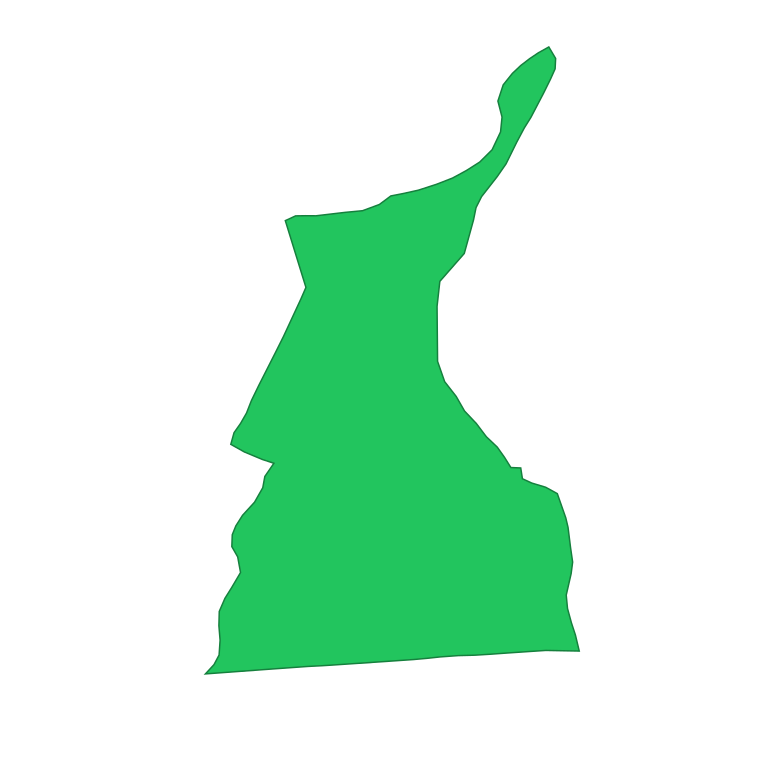 the district of Parnamirim, Rio Grande do Norte, Brazil, rotated 259°
{"feature_id": "56859067B32838397359817", "entity_name": "Parnamirim", "entity_type": "district", "adm_level": 2, "iso_a3": "BRA", "parent_name": "Brazil", "parent_adm1": "Rio Grande do Norte", "projection": "albers", "projection_center": [-35.212, -5.917], "detail": "fine", "context": "isolated", "style": "filled", "palette": "green", "viewbox_px": 768, "rotation_deg": 259, "n_neighbors": 0, "source": "geoboundaries", "source_scale": "gbopen_adm2", "svg_char_len": 1486}
<svg xmlns="http://www.w3.org/2000/svg" viewBox="0 0 768 768"><g transform="rotate(259 384 384)"><path d="M563.2,318.3L493.7,325.8L483.4,318.7L450.1,294.6L436.3,284.0L421.4,272.4L406.5,260.8L392.9,250.6L381.7,243.5L372.6,235.6L364.8,227.5L354.0,222.1L343.9,234.0L333.0,250.4L327.2,260.8L316.0,249.4L305.3,245.2L292.7,234.4L282.1,220.1L273.0,211.5L265.0,206.3L253.4,203.6L242.2,207.4L226.3,207.2L213.1,195.5L204.0,187.0L192.2,178.9L178.2,175.8L163.7,174.2L149.4,170.4L141.0,163.6L133.5,153.4L126.5,212.2L121.3,255.2L119.3,269.3L118.0,279.3L110.6,338.5L107.9,360.3L106.5,373.8L105.4,386.9L103.2,405.2L100.5,421.2L98.4,437.2L96.4,453.8L93.7,475.4L91.6,492.0L84.6,524.7L101.1,524.0L113.9,522.4L128.6,521.3L142.0,522.6L162.1,531.5L173.2,535.2L187.7,535.9L208.2,537.3L217.9,536.9L243.3,533.2L251.8,523.0L258.6,510.1L264.6,501.8L275.5,502.2L277.8,492.6L289.0,488.3L300.5,483.1L312.7,474.4L327.6,467.1L342.1,457.9L358.0,452.5L374.7,444.0L396.0,440.9L450.1,450.9L474.1,458.4L496.8,487.7L528.0,503.2L539.6,508.0L549.3,515.5L565.9,534.6L576.8,545.8L596.0,560.4L608.6,570.6L617.7,579.1L639.0,596.1L651.6,605.7L660.7,612.1L670.8,614.6L683.4,610.1L679.7,598.8L675.6,589.1L670.6,579.1L664.4,569.3L654.9,558.1L640.0,549.8L623.5,550.8L609.2,546.5L593.3,534.8L583.6,520.3L577.8,505.5L573.1,490.6L570.0,473.5L567.7,454.6L567.3,438.2L567.3,426.6L561.1,413.7L558.2,396.0L559.9,378.6L561.1,362.6L562.1,349.3L564.2,338.9L565.9,329.3L563.2,318.3Z" fill="#22c55e" stroke="#15803d" stroke-width="1.5"/></g></svg>